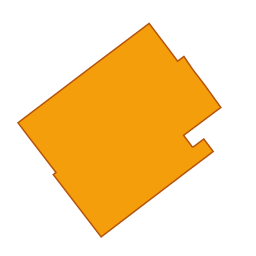 Torrance, New Mexico, United States of America, rotated 143°
{"feature_id": "52423323B99143466886484", "entity_name": "Torrance", "entity_type": "district", "adm_level": 2, "iso_a3": "USA", "parent_name": "United States of America", "parent_adm1": "New Mexico", "projection": "albers", "projection_center": [-106.078, 34.651], "detail": "fine", "context": "isolated", "style": "filled", "palette": "amber", "viewbox_px": 256, "rotation_deg": 143, "n_neighbors": 0, "source": "geoboundaries", "source_scale": "gbopen_adm2", "svg_char_len": 482}
<svg xmlns="http://www.w3.org/2000/svg" viewBox="0 0 256 256"><g transform="rotate(143 128 128)"><path d="M49.2,88.6L41.5,88.5L41.3,99.3L40.9,116.2L41.1,135.8L40.3,151.5L48.2,151.5L48.1,166.3L48.2,198.8L95.1,198.8L121.3,198.8L212.7,198.4L212.7,182.6L212.3,135.8L215.7,135.8L215.0,57.2L157.0,57.6L152.4,57.6L105.8,57.9L81.4,57.9L74.1,58.0L74.1,73.6L75.4,73.6L87.0,73.6L88.0,74.3L88.0,79.8L88.0,88.7L56.7,88.6L49.2,88.6Z" fill="#f59e0b" stroke="#b45309" stroke-width="1.5"/></g></svg>